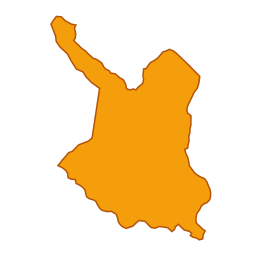 Caldazinha, Goiás, Brazil (Mercator projection), rotated 279°
{"feature_id": "56859067B2898488959664", "entity_name": "Caldazinha", "entity_type": "district", "adm_level": 2, "iso_a3": "BRA", "parent_name": "Brazil", "parent_adm1": "Goiás", "projection": "mercator", "projection_center": [-48.966, -16.729], "detail": "fine", "context": "isolated", "style": "filled", "palette": "amber", "viewbox_px": 256, "rotation_deg": 279, "n_neighbors": 0, "source": "geoboundaries", "source_scale": "gbopen_adm2", "svg_char_len": 2166}
<svg xmlns="http://www.w3.org/2000/svg" viewBox="0 0 256 256"><g transform="rotate(279 128 128)"><path d="M211.2,160.9L212.2,156.6L209.8,153.2L208.7,150.7L205.5,148.7L201.7,146.4L198.9,143.5L196.1,139.8L192.4,137.9L189.7,136.9L188.9,134.2L185.2,134.4L182.0,134.6L178.8,135.7L174.8,135.7L172.4,133.9L169.4,131.2L166.8,130.0L167.4,127.3L165.9,123.9L166.6,120.4L169.9,119.3L172.6,117.7L175.1,115.5L176.1,112.4L179.5,106.8L179.5,102.3L181.7,100.3L182.8,96.5L185.0,94.1L188.0,92.0L189.5,89.2L191.1,85.6L191.3,82.8L193.1,80.1L195.4,76.6L197.6,73.7L198.7,71.2L200.3,68.4L202.3,66.0L204.2,62.9L206.1,60.7L208.5,61.9L212.8,61.6L215.4,60.7L218.3,59.5L221.6,60.4L221.7,56.0L223.9,49.6L227.4,44.6L227.0,39.8L222.7,37.5L218.5,35.7L207.4,42.1L202.2,43.6L197.4,48.1L191.8,56.5L185.4,61.4L178.2,67.7L176.3,74.8L172.0,78.5L167.3,84.7L162.7,93.7L130.5,94.0L127.6,94.0L116.1,94.1L112.6,94.1L109.0,91.1L106.5,86.9L103.7,82.0L101.0,80.1L96.3,76.7L94.4,73.3L89.2,70.2L86.3,68.2L83.4,66.7L79.9,64.7L78.4,69.6L76.0,73.6L73.4,75.6L69.5,76.6L68.5,80.2L68.9,84.1L65.2,85.4L63.8,89.6L62.4,92.5L60.1,95.2L56.7,96.5L53.6,97.9L52.1,100.8L51.7,104.5L50.8,107.5L48.2,109.3L45.0,111.9L43.1,114.1L42.4,117.0L42.2,121.0L43.1,124.5L41.1,129.7L38.2,131.4L33.6,133.3L31.3,135.4L29.5,138.3L28.6,141.8L30.3,145.2L31.7,148.0L34.9,150.4L38.4,153.4L38.4,159.7L35.4,163.4L33.3,166.5L33.3,170.5L35.3,173.6L35.8,176.9L35.7,182.8L32.6,187.6L34.9,189.7L37.8,190.3L40.8,192.9L38.1,196.4L36.1,199.4L35.5,204.7L34.0,207.4L31.6,206.3L30.3,209.1L30.1,212.7L28.7,215.9L30.1,219.1L34.4,219.0L38.5,220.3L39.7,217.8L42.1,214.3L44.7,210.5L47.2,209.5L50.5,209.3L54.0,209.3L58.4,211.4L62.6,212.8L64.7,214.6L66.8,217.8L70.0,219.9L72.7,220.2L76.4,219.9L79.8,218.8L83.4,216.5L87.2,214.3L89.9,211.6L91.1,207.0L92.4,203.7L94.1,200.8L97.0,197.8L100.1,194.7L108.0,191.8L111.1,189.6L115.7,187.3L117.5,190.0L120.8,190.0L124.7,190.3L129.3,189.4L133.3,189.9L137.1,189.3L140.7,189.7L144.2,189.1L149.9,188.3L152.2,184.5L154.8,183.3L157.5,183.3L160.9,183.9L164.3,185.0L167.8,186.1L173.4,187.7L177.8,190.0L180.5,190.6L184.7,191.0L190.2,190.8L199.9,177.7L209.4,164.1L211.2,160.9Z" fill="#f59e0b" stroke="#b45309" stroke-width="1.5"/></g></svg>